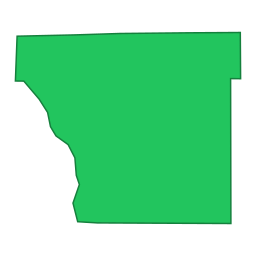 Cleveland, Arkansas, United States of America
{"feature_id": "52423323B40127238387579", "entity_name": "Cleveland", "entity_type": "district", "adm_level": 2, "iso_a3": "USA", "parent_name": "United States of America", "parent_adm1": "Arkansas", "projection": "natural_earth1", "projection_center": [-92.252, 33.884], "detail": "fine", "context": "isolated", "style": "filled", "palette": "green", "viewbox_px": 256, "rotation_deg": 0, "n_neighbors": 0, "source": "geoboundaries", "source_scale": "gbopen_adm2", "svg_char_len": 404}
<svg xmlns="http://www.w3.org/2000/svg" viewBox="0 0 256 256"><path d="M75.2,34.9L17.1,36.2L15.4,81.0L23.8,81.1L39.2,99.2L47.6,112.4L50.5,126.7L56.0,135.9L68.1,144.6L74.9,157.8L76.3,175.4L79.4,184.5L73.0,203.1L77.7,221.7L97.4,222.9L141.0,223.1L230.9,223.5L230.8,177.1L230.6,78.6L240.6,78.7L240.3,32.5L225.3,32.6L190.3,32.8L119.8,33.5L75.2,34.9Z" fill="#22c55e" stroke="#15803d" stroke-width="1.5"/></svg>